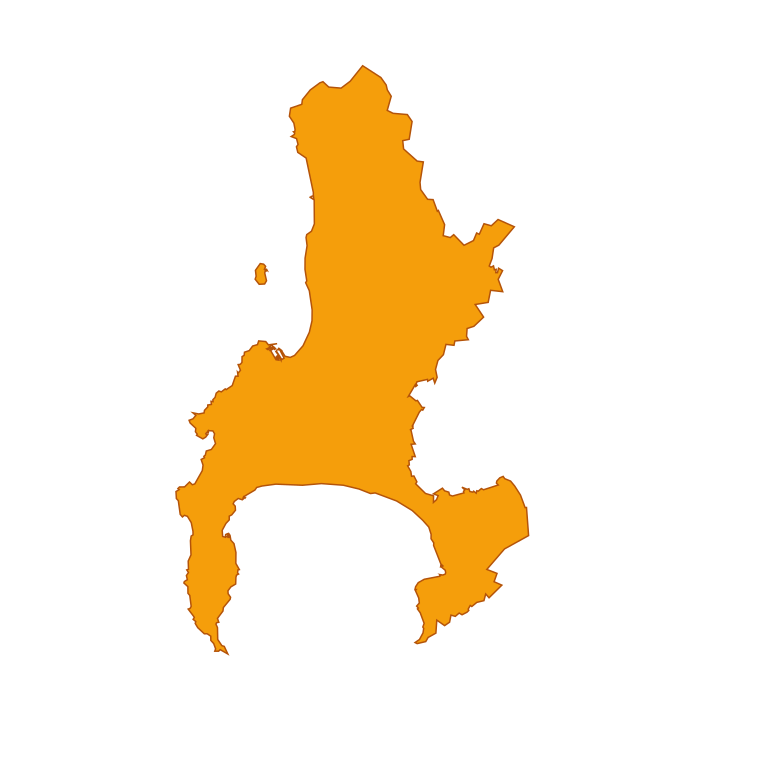 City of Cape Town, Western Cape, South Africa (Equal Earth projection), rotated 15°
{"feature_id": "47623444B95865124382580", "entity_name": "City of Cape Town", "entity_type": "district", "adm_level": 2, "iso_a3": "ZAF", "parent_name": "South Africa", "parent_adm1": "Western Cape", "projection": "equal_earth", "projection_center": [18.52, -33.915], "detail": "fine", "context": "isolated", "style": "filled", "palette": "amber", "viewbox_px": 768, "rotation_deg": 15, "n_neighbors": 0, "source": "geoboundaries", "source_scale": "gbopen_adm2", "svg_char_len": 6167}
<svg xmlns="http://www.w3.org/2000/svg" viewBox="0 0 768 768"><g transform="rotate(15 384 384)"><path d="M451.6,195.6L446.7,203.4L439.1,203.3L437.3,214.7L434.4,214.2L433.3,222.3L425.4,229.3L412.7,221.7L410.1,225.4L402.8,225.4L401.3,214.4L391.6,202.3L390.8,203.3L383.7,193.2L378.3,194.3L369.1,186.7L366.6,179.9L364.5,159.3L358.3,160.1L342.1,151.9L339.1,144.1L345.0,141.1L343.2,123.2L336.8,117.7L322.7,120.2L316.3,118.9L316.5,104.2L311.1,99.1L308.7,94.6L301.7,88.8L281.0,82.1L273.0,100.3L266.0,109.3L253.8,111.5L246.8,107.8L244.1,109.7L236.7,119.0L231.6,130.5L232.2,135.1L222.4,141.7L223.3,149.9L229.4,155.3L232.2,161.1L232.5,163.2L231.3,163.8L232.8,164.7L232.8,166.2L230.3,169.0L236.0,169.6L239.0,174.9L238.0,177.5L240.8,182.6L250.3,185.9L266.2,217.3L267.0,220.5L264.6,222.1L267.1,220.4L268.3,223.5L263.6,222.6L268.9,224.2L275.3,247.4L274.4,255.2L270.7,259.7L270.8,262.7L273.9,270.3L275.2,282.9L278.0,293.7L282.7,304.4L282.1,306.4L287.7,313.2L295.4,331.0L298.1,341.6L298.5,353.3L295.9,368.0L290.2,379.6L286.5,382.6L281.2,382.8L276.0,377.9L272.6,376.5L273.3,377.3L272.6,378.2L276.2,378.2L275.6,379.2L280.8,384.9L279.1,386.7L278.2,385.8L279.1,386.8L278.0,386.4L278.3,387.7L276.8,386.2L277.8,386.2L277.4,385.4L271.7,380.3L271.8,379.0L271.6,380.5L270.6,380.2L276.4,384.9L275.5,386.2L273.2,383.9L276.2,388.2L274.3,388.4L274.6,387.0L272.4,385.3L274.2,387.2L273.2,388.3L265.8,381.0L268.3,378.3L269.8,379.3L269.2,378.4L270.1,378.0L268.4,376.9L266.8,376.5L267.4,377.5L264.9,380.0L265.4,378.3L263.5,379.0L263.9,380.4L263.0,379.7L262.4,380.3L263.3,381.0L261.6,380.4L263.9,378.6L263.5,377.2L264.3,378.0L264.4,376.5L265.2,377.3L264.5,376.4L265.4,375.3L266.4,376.3L266.0,374.8L270.3,372.7L262.2,376.1L258.8,373.6L251.8,374.8L251.6,378.7L247.3,381.3L245.2,386.6L241.0,389.4L241.5,392.5L239.8,394.3L241.2,399.9L240.1,402.2L238.1,403.0L241.8,407.9L240.3,411.1L239.5,410.5L241.0,414.2L238.5,414.9L237.8,424.8L233.0,430.3L231.9,429.8L228.9,433.7L226.3,433.5L224.3,436.3L224.3,440.7L222.8,443.4L223.4,445.3L221.4,445.5L222.6,448.4L219.2,449.9L219.7,451.7L217.4,455.9L217.7,458.5L212.8,460.9L206.9,461.3L210.4,463.0L208.5,467.1L205.1,469.5L206.9,471.9L213.7,475.5L214.2,478.9L216.6,480.8L216.2,482.1L223.2,483.9L225.5,481.5L227.2,477.4L226.1,479.4L224.7,478.1L226.4,474.9L226.8,477.1L226.9,476.1L226.3,474.6L230.8,473.6L233.2,475.9L233.5,480.0L236.7,485.2L234.2,491.9L229.7,494.7L229.8,499.0L228.7,500.5L229.7,501.7L226.9,504.2L230.2,509.2L230.9,514.7L227.1,529.5L224.9,530.9L221.5,529.0L218.0,535.0L213.1,536.4L212.0,538.3L213.5,539.0L210.9,541.7L213.1,548.4L215.5,549.9L220.9,562.7L223.7,564.6L225.2,562.5L228.4,562.7L233.7,567.8L237.6,575.7L238.6,579.1L237.1,580.8L237.6,585.5L241.8,599.0L240.7,605.7L243.1,613.6L241.6,614.6L243.9,616.7L242.7,620.2L244.7,623.9L242.3,626.4L242.2,628.0L247.0,630.5L248.8,636.9L251.1,638.5L255.3,648.7L254.8,650.9L253.1,652.1L260.3,657.7L261.2,658.6L260.5,660.7L263.7,662.2L263.6,664.1L267.2,667.6L275.1,671.8L277.8,671.0L281.9,672.4L283.1,676.5L286.7,678.8L289.9,683.4L289.7,685.9L293.4,684.9L294.5,683.0L303.0,685.2L297.6,678.8L295.1,678.7L289.5,673.8L286.2,662.4L283.8,659.4L284.1,657.9L286.1,656.9L283.8,653.5L287.2,645.0L286.7,641.5L291.1,631.8L291.0,629.7L287.7,626.9L286.8,624.1L288.6,619.6L292.5,615.6L291.0,609.1L291.0,606.8L292.7,605.2L291.5,604.5L291.0,601.4L292.3,600.7L287.3,595.6L284.6,585.1L280.4,577.0L276.5,574.5L274.4,570.0L272.1,568.1L274.7,572.0L273.2,572.5L272.3,570.7L272.1,572.2L270.7,572.2L270.1,570.5L271.6,569.4L271.4,569.2L270.0,570.4L270.4,573.1L267.6,573.0L265.6,567.2L267.4,559.6L269.7,555.3L268.7,551.7L270.8,549.8L273.2,544.4L271.9,540.5L269.3,538.8L269.8,536.2L272.8,532.3L277.1,532.5L279.0,529.8L277.4,530.3L277.6,529.2L278.7,529.6L278.1,528.7L286.8,519.8L287.8,516.9L292.6,514.1L305.5,508.7L331.4,502.9L349.3,496.4L370.9,492.3L387.0,491.9L399.3,493.3L403.7,491.5L426.4,493.7L444.0,498.9L456.5,505.5L464.3,510.6L468.4,517.0L469.5,521.3L473.2,524.6L473.7,527.1L485.7,543.4L486.0,545.8L486.9,545.0L486.1,544.3L486.2,543.5L488.0,544.5L486.5,545.8L491.4,548.1L492.4,550.3L492.4,551.7L490.3,553.3L487.5,553.6L488.4,554.0L487.9,554.7L487.2,553.3L487.6,555.3L473.4,562.2L468.5,567.0L467.0,571.6L467.1,574.5L468.3,574.2L467.8,575.4L472.9,581.7L474.8,586.4L473.0,590.1L475.2,591.5L474.5,592.6L478.2,595.6L484.7,604.8L484.4,608.7L485.6,609.8L486.1,614.3L484.4,621.6L480.9,625.7L483.2,626.2L491.0,622.0L492.2,617.4L498.6,611.2L496.1,598.4L505.1,601.7L509.0,597.1L508.5,589.9L513.0,590.0L515.9,585.8L519.1,586.7L523.2,583.0L524.5,580.8L523.6,579.6L524.6,575.6L526.4,576.2L530.2,570.9L536.6,567.4L536.6,560.5L540.8,563.3L549.9,547.8L541.5,546.5L542.2,537.7L531.3,536.5L543.1,512.1L562.9,493.0L553.6,466.4L552.3,466.9L544.6,456.0L536.6,448.7L531.4,445.0L525.1,444.2L523.0,442.4L520.1,444.7L518.1,448.5L518.2,450.6L520.5,452.0L507.5,460.4L505.1,459.8L502.8,463.1L501.3,463.1L501.3,465.6L498.3,464.3L497.8,465.5L494.7,465.6L493.1,463.2L491.7,464.2L486.0,463.5L489.4,465.3L488.6,467.2L489.4,468.5L479.1,474.5L476.0,474.2L474.6,471.7L470.2,471.5L467.4,469.5L460.2,477.3L465.2,477.8L464.7,482.1L462.4,485.6L460.8,479.2L452.4,479.0L440.4,472.2L441.1,470.0L436.7,465.1L434.5,466.0L432.6,461.6L428.0,456.9L429.4,455.6L427.9,451.6L430.7,449.5L429.9,446.8L433.0,446.1L425.8,435.2L429.7,433.8L427.3,431.7L421.9,421.3L420.9,421.6L423.6,419.3L422.4,417.4L423.5,417.1L422.3,417.1L425.4,402.0L426.9,398.9L428.2,399.2L429.0,396.3L426.8,396.7L420.5,391.2L419.2,392.0L412.0,388.8L410.7,389.8L414.3,376.8L415.3,378.2L416.4,376.7L415.0,375.7L415.3,373.3L424.8,368.3L425.5,370.0L430.0,365.7L432.8,370.0L433.6,363.8L430.0,356.6L430.0,347.3L433.8,340.3L433.6,329.7L441.6,328.5L441.3,324.1L454.0,319.4L451.4,316.6L449.9,308.9L455.9,305.0L462.9,293.6L451.5,283.6L463.5,278.2L462.7,265.9L474.8,264.1L467.2,253.3L469.2,243.8L464.7,242.5L464.8,247.1L463.1,247.5L462.7,244.2L461.1,245.1L459.2,241.6L457.1,243.5L455.1,242.8L455.9,234.9L454.7,224.1L459.0,220.2L469.2,198.4L451.6,195.6ZM236.7,299.4L233.3,299.7L230.4,307.5L232.6,313.0L232.4,316.1L237.6,320.0L242.8,318.3L243.8,314.7L240.0,307.5L240.2,305.7L241.5,305.2L239.9,305.4L239.8,303.9L241.7,304.5L240.9,303.6L238.8,304.0L239.2,301.0L236.7,299.4Z" fill="#f59e0b" stroke="#b45309" stroke-width="1.5"/></g></svg>